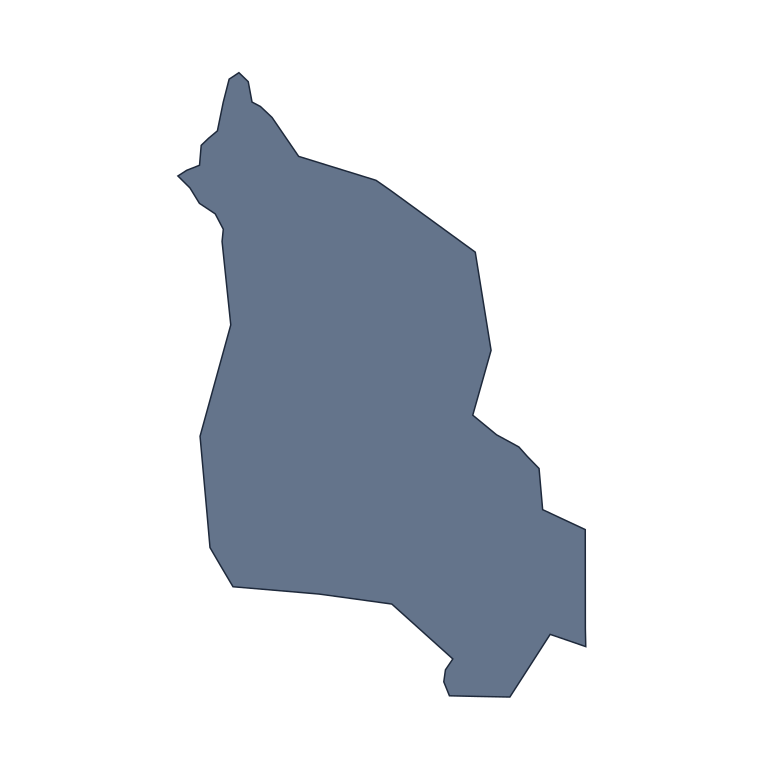 Barro Duro, Piauí, Brazil (Equal Earth projection), rotated 175°
{"feature_id": "56859067B99365487632822", "entity_name": "Barro Duro", "entity_type": "district", "adm_level": 2, "iso_a3": "BRA", "parent_name": "Brazil", "parent_adm1": "Piauí", "projection": "equal_earth", "projection_center": [-42.496, -5.81], "detail": "fine", "context": "isolated", "style": "filled", "palette": "slate", "viewbox_px": 768, "rotation_deg": 175, "n_neighbors": 0, "source": "geoboundaries", "source_scale": "gbopen_adm2", "svg_char_len": 741}
<svg xmlns="http://www.w3.org/2000/svg" viewBox="0 0 768 768"><g transform="rotate(175 384 384)"><path d="M346.0,67.7L318.9,64.7L285.9,61.2L240.3,120.1L205.9,104.8L204.7,123.1L196.2,221.4L236.9,245.0L236.9,286.3L247.5,299.3L255.1,309.5L276.3,323.6L298.3,345.2L274.4,408.2L281.6,507.4L360.9,576.5L374.2,587.6L449.2,618.2L472.3,659.3L482.8,671.1L490.9,676.4L492.9,697.0L501.4,706.8L511.7,701.2L519.6,678.7L527.9,650.7L537.2,644.2L545.3,637.7L548.7,618.0L561.9,614.1L571.2,609.2L560.2,596.2L552.1,580.0L537.3,568.2L530.6,552.2L532.9,540.1L531.5,456.2L571.8,348.0L571.6,270.1L571.6,236.2L562.3,216.5L552.1,195.2L467.0,180.4L395.4,164.1L339.4,104.1L347.7,93.9L350.4,82.1L346.0,67.7Z" fill="#64748b" stroke="#1e293b" stroke-width="1.5"/></g></svg>